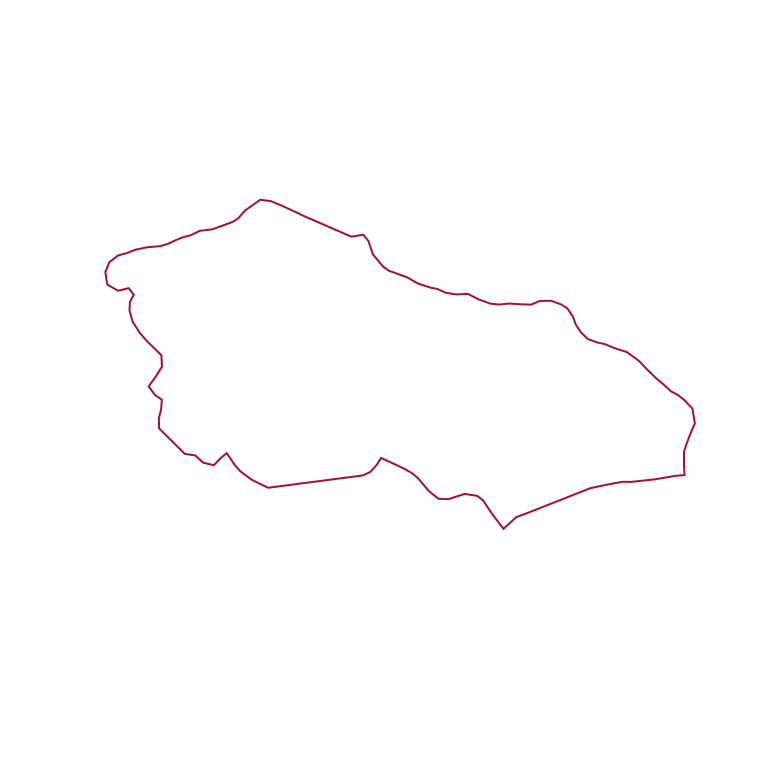 Mineiros do Tietê, São Paulo, Brazil, rotated 310°
{"feature_id": "56859067B97164365361908", "entity_name": "Mineiros do Tietê", "entity_type": "district", "adm_level": 2, "iso_a3": "BRA", "parent_name": "Brazil", "parent_adm1": "São Paulo", "projection": "albers", "projection_center": [-48.43, -22.466], "detail": "fine", "context": "isolated", "style": "outline", "palette": "rose", "viewbox_px": 768, "rotation_deg": 310, "n_neighbors": 0, "source": "geoboundaries", "source_scale": "gbopen_adm2", "svg_char_len": 1639}
<svg xmlns="http://www.w3.org/2000/svg" viewBox="0 0 768 768"><g transform="rotate(310 384 384)"><path d="M349.8,568.6L367.1,570.9L378.7,577.5L436.6,608.9L443.9,614.5L455.3,623.6L462.7,629.9L467.8,636.2L485.2,652.9L500.8,666.1L507.4,672.7L515.1,665.6L524.9,657.4L532.6,654.2L543.2,650.6L553.7,647.4L563.3,636.3L564.7,625.2L564.5,616.2L562.9,608.9L563.3,597.8L563.3,588.7L564.2,576.8L565.6,564.1L564.5,549.4L559.8,538.0L556.4,527.3L552.8,520.5L549.4,511.0L550.2,501.4L552.8,492.7L557.1,485.3L559.8,475.7L558.7,468.2L555.2,458.6L547.7,449.9L539.3,445.6L533.7,438.5L526.0,428.1L518.7,420.9L514.0,413.9L509.6,402.0L507.0,390.4L498.9,381.6L493.5,372.5L491.3,364.3L487.9,358.0L482.8,345.6L480.6,333.2L474.0,315.2L473.3,307.9L476.2,292.1L483.5,280.2L485.1,272.2L475.9,264.3L461.5,215.9L459.5,208.1L455.1,191.8L451.4,179.8L445.5,170.7L427.5,166.0L417.2,165.9L410.4,163.6L404.1,160.0L391.9,152.9L383.2,144.6L374.1,140.5L366.3,135.1L360.1,131.9L352.8,128.6L345.8,124.0L336.5,114.7L327.0,107.2L318.9,102.8L311.6,97.7L300.9,95.3L290.7,98.5L282.3,108.1L284.5,120.3L293.3,126.8L291.5,135.0L283.7,136.5L276.7,141.8L270.2,151.2L266.2,163.9L264.6,173.9L263.9,182.7L262.9,195.0L254.5,202.8L242.8,204.4L230.9,205.3L228.3,216.0L229.2,223.9L221.1,229.7L213.1,233.5L205.4,240.3L202.4,276.3L208.0,285.4L207.5,296.0L212.4,305.9L221.5,306.4L230.0,307.9L226.0,321.8L224.8,330.2L225.6,344.1L228.1,354.4L230.0,361.9L300.4,426.6L308.0,430.1L317.3,430.4L325.5,429.3L331.8,452.7L333.7,462.6L333.7,470.6L330.8,487.1L331.1,499.5L337.3,507.4L345.4,512.5L351.7,516.5L358.2,527.3L358.5,534.7L354.3,549.1L349.8,568.6Z" fill="none" stroke="#9f1239" stroke-width="2"/></g></svg>